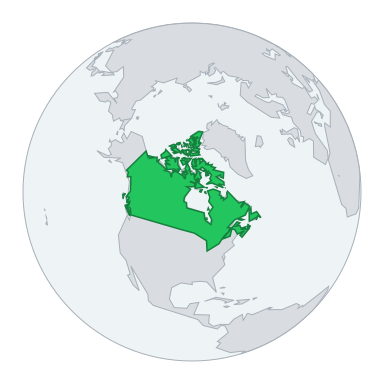 globe centered on Canada
{"feature_id": "CAN", "entity_name": "Canada", "entity_type": "country or territory", "adm_level": 0, "iso_a3": "CAN", "parent_name": "North America", "parent_adm1": "", "projection": "orthographic", "projection_center": [-89.555, 62.395], "detail": "fine", "context": "on_globe", "style": "filled", "palette": "green", "viewbox_px": 384, "rotation_deg": 0, "n_neighbors": 0, "source": "natural_earth", "source_scale": "50m", "svg_char_len": 16030}
<svg xmlns="http://www.w3.org/2000/svg" viewBox="0 0 384 384"><circle cx="192" cy="192" r="169" fill="#eef3f6" stroke="#a8b0b8"/><path d="M240.7,353.8L244.8,351.4L242.1,351.2L230.3,352.6L216.3,347.7L220.7,343.0L217.3,341.5L228.3,332.6L225.0,325.9L221.0,325.5L217.3,329.0L203.3,325.6L197.9,319.6L153.3,305.4L148.4,300.6L147.8,294.1L130.8,265.9L139.2,290.6L133.0,284.8L127.6,275.2L130.2,274.1L126.1,260.4L120.2,253.1L118.4,235.0L127.2,215.3L129.3,220.1L131.2,215.0L128.6,208.8L126.5,205.9L129.4,181.9L122.6,162.7L115.4,160.6L121.0,158.1L103.9,157.3L96.9,150.6L107.9,155.8L111.4,154.5L108.3,148.6L111.2,146.1L111.4,141.9L115.2,139.6L121.3,143.1L123.9,141.7L121.5,137.6L123.8,132.9L126.9,139.0L131.2,131.5L142.3,136.5L147.5,155.8L156.8,157.3L170.5,174.1L172.4,170.7L178.8,175.3L183.3,173.3L184.5,177.2L187.1,172.2L185.1,169.0L185.5,165.8L188.0,164.4L190.0,169.1L189.1,170.5L191.0,171.1L190.9,174.1L192.4,171.8L194.5,177.8L196.1,169.9L200.9,173.0L201.3,177.5L196.4,179.6L185.3,196.2L184.2,201.8L187.6,207.5L204.2,212.6L205.1,218.0L209.7,223.5L211.5,219.2L208.5,213.5L213.0,207.1L208.8,201.1L210.0,197.8L207.6,190.8L213.2,189.3L219.9,191.6L222.2,197.4L225.2,198.6L227.3,191.1L235.6,200.3L248.2,203.7L249.8,206.5L245.2,215.1L234.5,219.9L228.6,232.1L237.7,221.7L241.5,229.3L244.4,229.5L247.3,227.8L247.9,224.0L250.3,226.2L242.2,237.1L239.9,235.2L242.5,231.7L237.5,234.1L232.0,242.0L234.3,245.4L223.6,254.3L225.1,257.0L223.7,260.5L221.9,255.6L224.9,264.8L212.6,277.6L216.4,292.4L206.9,282.0L200.0,281.3L191.9,282.1L192.4,284.6L181.0,282.9L171.6,287.7L169.4,299.0L174.3,307.6L186.8,308.3L190.0,303.7L198.9,302.4L193.8,314.6L209.4,315.0L208.6,323.1L213.3,326.4L220.9,324.3L228.8,324.6L233.9,319.1L242.4,314.4L243.2,320.4L247.4,313.4L252.5,314.7L269.1,307.7L268.0,309.7L282.1,309.6L296.3,303.5L299.6,305.0L298.0,308.3L302.7,305.4L302.8,306.7L320.5,292.9L328.6,286.4L327.7,290.3L319.7,301.7L313.5,309.4L304.7,317.9L295.2,325.8L285.2,332.9L274.7,339.4L263.7,345.0L252.4,349.8L240.7,353.8ZM45.8,223.9L46.9,221.3L47.4,224.9L45.8,223.9ZM46.8,218.4L46.5,219.6L46.6,218.3L46.8,218.4ZM46.3,216.6L46.6,217.9L46.1,216.7L46.3,216.6ZM45.5,214.5L46.0,215.6L45.9,215.5L45.5,214.5ZM216.1,297.3L234.0,300.3L224.5,303.3L226.2,301.7L221.5,299.9L213.1,298.8L204.5,301.3L216.1,297.3ZM44.8,210.5L44.6,209.5L45.2,210.2L44.8,210.5ZM222.7,288.1L219.7,288.1L222.6,287.5L222.7,288.1ZM125.0,205.1L128.3,209.0L129.5,215.6L126.5,212.7L125.0,205.1ZM123.2,192.7L125.5,193.6L123.2,198.8L122.6,196.6L123.2,192.7ZM109.6,159.9L111.6,162.9L108.6,160.9L109.6,159.9ZM110.7,141.8L109.2,141.8L109.9,139.6L110.7,141.8ZM204.7,192.2L206.1,191.6L205.8,193.2L204.7,192.2ZM202.3,189.9L200.9,192.2L199.6,191.5L200.4,190.1L202.3,189.9ZM116.4,134.1L118.1,130.8L117.4,134.7L116.4,134.1ZM204.3,187.2L197.4,189.9L195.1,188.6L196.4,182.0L204.3,187.2ZM119.7,129.2L123.6,121.3L120.5,120.6L131.4,118.5L124.5,125.8L124.2,130.7L122.3,128.4L119.7,129.2ZM183.4,168.6L185.6,171.9L181.4,170.6L183.4,168.6ZM180.6,168.6L167.1,169.3L165.0,163.8L169.9,164.6L165.4,158.8L171.0,155.8L174.8,158.3L175.0,162.4L177.0,158.1L180.6,168.6ZM136.7,118.8L138.6,117.5L137.8,119.5L136.7,118.8ZM185.4,164.4L182.8,165.0L180.8,160.3L185.6,158.3L184.7,160.5L185.4,164.4ZM161.5,158.9L160.8,155.1L165.2,151.6L165.5,149.7L171.0,155.2L161.5,158.9ZM186.4,160.8L188.0,157.5L191.2,158.4L187.7,163.6L186.4,160.8ZM178.3,159.9L177.6,157.6L179.6,158.2L178.3,159.9ZM203.5,160.2L200.5,160.8L199.2,158.4L203.5,160.2ZM188.4,156.2L187.3,155.9L186.4,155.0L188.1,153.1L188.4,156.2ZM173.7,152.4L175.6,151.8L171.7,150.0L174.8,147.4L177.8,151.6L177.8,148.7L178.8,147.9L180.2,152.3L173.7,152.4ZM187.3,148.7L192.3,153.4L198.1,152.7L199.4,154.8L189.8,155.5L187.3,148.7ZM183.0,150.4L186.0,149.8L186.1,152.6L184.2,154.8L183.0,150.4ZM175.8,144.2L170.2,147.0L169.7,146.0L175.8,144.2ZM189.0,147.9L187.7,146.8L189.4,147.5L189.0,147.9ZM179.8,144.6L177.9,145.7L177.4,144.6L179.8,144.6ZM186.9,143.7L188.5,145.2L187.2,146.7L186.9,143.7ZM183.6,143.7L183.4,141.8L185.8,146.3L182.8,144.4L183.6,143.7ZM179.7,143.3L178.7,143.0L180.5,143.0L179.7,143.3ZM190.7,137.3L194.0,142.7L191.2,145.9L188.4,140.3L190.7,137.3ZM255.2,35.3L275.0,44.9L276.0,45.8L280.3,48.3L285.8,52.4L286.6,54.0L290.8,57.2L288.4,53.3L283.6,50.1L276.8,46.1L277.3,46.1L275.8,45.3L285.8,51.5L295.4,58.4L304.5,65.9L313.0,74.1L315.3,80.9L313.3,79.7L313.2,79.7L316.8,82.5L316.3,84.3L318.1,80.3L319.8,81.5L319.0,80.6L327.5,91.0L335.0,102.1L341.7,113.7L347.5,125.8L352.2,138.3L356.0,151.2L358.7,164.3L358.7,164.6L359.7,172.0L359.6,173.4L359.8,177.6L358.7,207.9L356.0,213.9L347.3,217.0L345.9,208.3L341.6,204.4L328.3,159.7L330.0,152.5L324.6,125.8L324.8,122.9L330.3,127.1L330.3,111.2L324.4,104.3L319.5,90.6L313.0,81.2L302.1,75.1L312.6,90.4L309.5,92.1L297.2,78.9L287.3,66.4L285.8,66.7L288.0,74.1L281.5,71.0L288.2,76.8L288.6,74.6L292.8,78.3L292.7,80.5L290.5,79.3L292.3,83.2L302.6,88.6L304.1,86.9L311.4,98.3L314.6,96.7L318.0,100.3L314.0,104.3L311.2,103.3L307.0,113.0L310.6,114.9L314.8,106.1L315.3,109.0L320.2,112.0L317.0,112.0L311.5,121.5L315.3,133.5L327.4,150.7L328.1,158.3L325.4,164.5L313.7,157.3L313.4,141.0L309.3,138.6L303.1,141.9L303.6,136.8L301.0,136.2L300.3,130.4L293.2,122.7L291.5,117.2L282.8,114.8L280.8,111.7L286.5,113.9L289.6,112.6L284.8,99.7L282.2,97.3L276.9,97.0L276.2,93.6L271.7,94.9L266.1,88.3L269.2,97.6L263.1,97.8L256.5,94.4L255.0,96.2L265.8,101.9L269.6,102.7L272.0,100.6L282.8,104.8L285.8,109.2L276.5,111.5L279.7,118.1L271.1,117.3L247.2,101.9L240.2,95.4L241.2,82.3L246.2,83.0L248.4,88.0L251.8,82.4L248.9,83.3L248.4,80.7L242.4,80.5L241.7,78.6L237.1,81.8L235.6,79.5L238.6,77.5L228.4,75.7L223.7,71.5L221.8,72.1L221.0,73.8L215.5,67.5L214.3,68.2L215.7,70.5L214.1,73.4L209.3,76.2L207.6,73.9L209.2,72.6L209.9,66.5L214.3,63.5L213.1,62.9L209.0,64.9L208.0,72.3L205.6,74.7L205.3,71.0L205.2,72.5L203.5,73.0L200.2,71.3L200.2,75.4L183.3,84.5L175.4,82.6L177.0,78.1L163.5,82.9L155.6,80.8L156.9,82.8L151.3,86.8L153.7,87.5L153.8,88.8L140.5,100.1L136.1,101.1L131.7,108.8L132.3,109.9L135.4,109.5L131.4,118.5L120.5,120.6L119.7,117.9L113.5,121.2L112.3,114.7L108.5,111.1L110.9,102.4L107.6,100.5L105.6,102.1L99.7,100.9L94.6,93.3L107.8,92.4L117.1,103.5L114.1,98.3L117.5,97.5L118.0,94.4L115.7,91.0L113.7,91.9L123.7,77.2L123.4,66.6L116.9,71.6L111.7,72.3L105.6,65.9L113.7,50.1L106.8,51.9L105.7,51.3L110.0,47.9L111.8,48.6L117.1,46.3L117.5,47.4L125.0,42.5L125.9,44.0L131.3,39.7L128.1,39.9L121.1,43.5L125.4,39.5L117.0,42.2L114.8,42.2L121.0,38.7L132.6,33.8L144.5,29.9L156.7,26.8L169.0,24.6L181.5,23.4L194.0,23.1L206.6,23.7L219.0,25.2L231.3,27.7L243.4,31.0L255.2,35.3ZM338.1,175.0L339.8,176.6L338.1,175.0ZM280.3,55.0L272.1,48.8L269.8,51.0L266.5,48.9L266.9,50.5L269.7,51.2L269.9,55.4L264.2,52.7L262.2,53.5L264.8,55.7L275.2,60.0L275.0,53.9L279.4,55.7L280.3,55.0ZM269.6,307.4L271.7,307.6L269.1,308.9L269.6,307.4ZM223.5,306.5L227.1,305.9L229.1,306.6L226.4,307.5L223.5,306.5ZM253.2,298.3L257.2,297.5L253.2,299.6L253.2,298.3ZM236.8,300.4L250.0,299.3L242.2,303.9L233.8,304.6L239.4,302.4L236.8,300.4ZM221.7,293.0L224.0,293.2L223.6,294.7L221.7,293.0ZM224.8,287.6L224.0,288.0L222.7,287.0L224.8,287.6ZM242.0,228.6L242.7,227.8L245.8,226.7L244.7,228.7L242.0,228.6ZM257.4,213.8L261.0,217.7L257.7,216.2L256.8,219.5L248.9,220.7L250.2,208.0L251.0,213.4L257.4,213.8ZM238.6,219.1L243.5,219.6L238.1,219.6L238.6,219.1ZM287.6,139.7L289.4,137.5L292.7,139.5L294.7,147.2L290.0,144.3L287.6,139.7ZM291.2,133.9L281.5,134.4L279.8,129.8L282.4,132.3L282.2,129.2L286.4,132.3L294.3,127.7L297.6,129.3L299.6,142.3L297.1,137.1L295.5,139.5L291.2,133.9ZM259.6,145.9L255.3,146.6L257.2,135.7L260.9,136.3L263.2,143.8L260.2,147.6L259.6,145.9ZM208.1,175.3L206.3,176.8L205.7,175.4L206.8,173.1L208.1,175.3ZM202.2,160.7L215.1,167.9L213.7,169.9L222.9,172.1L222.9,178.1L217.0,176.4L223.8,182.8L218.5,183.7L223.6,187.6L210.4,183.2L205.8,184.4L210.9,180.7L211.0,175.1L209.7,173.1L202.5,168.3L192.9,168.4L191.4,163.1L193.0,159.3L195.1,158.5L195.3,162.2L198.0,158.4L200.0,163.1L202.2,160.7ZM211.9,121.2L211.4,125.3L217.0,119.6L219.0,123.8L219.5,122.9L222.9,125.3L228.0,126.7L228.2,128.9L230.1,128.5L232.4,130.1L235.0,130.4L236.3,134.5L239.7,135.2L238.4,136.8L243.8,136.9L240.4,138.7L243.0,141.2L244.9,138.1L245.6,161.0L248.5,169.5L252.8,175.8L246.3,178.4L238.1,174.3L230.1,167.0L228.2,158.6L225.7,161.4L224.0,158.3L226.7,157.3L221.5,156.9L220.9,154.1L213.7,148.3L206.6,149.7L203.8,147.7L206.3,145.8L201.8,145.2L204.6,140.3L202.6,138.8L203.4,132.6L209.3,129.9L206.7,128.5L207.2,123.8L211.9,121.2ZM191.2,135.6L197.7,131.2L202.1,131.4L198.9,142.1L200.2,144.2L198.3,151.3L192.0,150.9L193.2,148.9L192.8,146.8L194.9,147.8L192.9,145.5L194.4,142.7L193.3,140.2L195.8,139.4L191.2,135.6ZM321.9,118.9L321.5,116.6L320.2,113.0L323.2,114.9L321.9,118.9ZM318.5,125.5L317.6,123.3L321.3,123.9L321.7,126.4L318.5,125.5ZM314.0,121.6L317.3,123.1L315.8,123.7L314.0,121.6ZM285.4,112.0L284.2,109.8L285.3,109.5L287.4,110.6L285.4,112.0ZM228.9,106.0L227.9,108.1L226.8,107.7L221.9,110.3L220.0,107.5L222.2,104.8L228.9,106.0ZM305.6,78.1L309.3,81.3L309.5,82.4L308.2,81.1L305.6,78.1ZM318.1,98.3L316.7,93.9L318.9,98.9L318.1,98.3ZM226.0,103.4L224.2,104.7L224.4,102.5L226.0,103.4ZM218.3,105.6L218.0,103.2L219.2,107.5L218.3,105.6ZM114.4,41.9L113.2,42.6L112.8,42.7L114.4,41.9ZM207.2,83.0L216.2,82.3L221.4,80.3L222.3,76.6L224.8,81.6L216.8,84.7L207.2,83.0ZM186.5,84.5L185.7,87.9L183.5,86.9L183.4,86.0L186.5,84.5ZM187.8,86.3L191.6,89.7L189.5,91.9L186.9,88.8L187.8,86.3ZM209.2,95.9L211.9,95.9L211.7,97.6L209.2,95.9ZM95.8,56.9L97.5,56.7L94.5,59.2L94.2,58.6L95.8,56.9ZM86.5,67.9L94.3,59.8L100.8,53.9L98.2,55.4L98.5,53.7L103.2,51.7L99.6,56.2L94.4,60.7L94.9,62.2L91.8,66.4L94.5,67.1L93.6,69.4L89.6,70.2L86.5,67.9ZM95.9,67.3L99.4,70.9L93.2,75.7L91.1,76.0L92.1,72.2L95.2,69.9L95.9,67.3ZM98.4,73.2L101.5,71.1L113.3,73.2L114.2,74.9L102.0,75.5L104.3,73.5L102.5,72.3L98.4,73.2ZM137.3,116.5L138.4,117.4L136.5,117.7L137.3,116.5ZM155.3,89.1L155.2,90.9L152.9,91.1L155.3,89.1ZM153.7,96.2L156.3,94.7L154.2,97.2L153.7,96.2ZM162.0,91.3L157.6,94.6L160.8,90.1L162.0,91.3Z" fill="#d9dde1" stroke="#a8b0b8" stroke-width="1"/><path d="M130.5,191.1L130.9,176.7L127.3,176.8L128.4,172.1L126.5,170.2L146.1,151.0L148.0,157.1L148.4,155.7L155.1,157.4L151.1,157.5L149.7,157.9L149.7,158.3L157.1,157.2L156.9,161.3L159.1,160.0L158.0,162.1L166.3,169.4L164.5,170.5L169.8,172.0L171.4,177.4L171.9,173.1L174.8,171.6L172.1,170.8L174.6,170.6L183.2,176.1L182.2,173.7L183.5,173.5L185.0,174.4L185.3,178.1L184.1,177.9L184.7,179.2L184.5,178.2L185.3,178.3L185.5,177.4L185.5,175.1L187.8,173.6L185.0,168.6L187.4,163.7L190.0,169.1L188.6,170.5L191.1,171.2L190.2,171.7L191.2,174.7L193.6,173.1L194.5,177.9L197.0,173.0L196.1,170.0L200.8,172.8L199.6,173.8L201.3,177.7L199.3,179.9L197.8,178.3L197.4,178.2L197.1,178.5L198.8,180.5L195.3,179.8L196.3,180.9L194.6,183.3L191.8,181.6L189.7,181.5L195.1,183.7L193.9,186.7L186.7,186.7L190.5,189.3L184.4,197.3L183.8,201.5L186.5,202.7L186.8,208.0L204.1,212.9L204.8,218.8L205.9,221.0L210.9,224.6L211.9,220.0L208.7,213.4L213.0,207.2L208.8,201.6L209.9,197.3L207.6,191.0L213.3,189.1L220.1,191.7L219.3,195.0L221.8,196.4L221.1,198.3L223.7,197.5L223.5,200.2L227.3,197.2L226.8,193.1L227.5,191.3L238.8,202.9L244.1,201.6L240.8,206.4L241.3,207.4L244.6,202.8L249.7,206.3L245.2,215.1L234.4,220.0L227.6,227.6L230.2,227.8L228.3,232.3L226.6,233.4L223.1,237.3L219.0,243.7L207.1,251.0L206.5,240.7L194.3,233.1L181.3,229.6L130.8,214.9L130.4,208.4L126.5,204.9L128.8,204.5L127.9,202.2L129.3,203.6L129.9,201.4L127.9,202.1L126.9,202.9L129.3,197.4L126.7,196.0L130.5,191.1ZM194.8,166.6L196.5,166.5L196.5,164.7L195.3,163.8L196.6,161.3L195.5,160.5L198.6,158.5L200.1,161.0L199.9,163.6L203.0,160.6L205.7,162.1L205.7,164.5L208.5,162.9L208.1,165.1L212.2,164.5L211.2,166.6L215.3,167.6L213.1,169.7L223.7,172.4L223.3,178.1L220.4,176.7L220.8,174.8L216.2,176.8L223.8,181.9L224.1,185.1L218.4,183.9L223.4,187.8L212.3,183.0L206.3,184.2L211.3,180.5L209.8,178.8L211.5,175.1L208.6,171.4L205.8,172.1L206.4,170.4L202.2,167.0L199.9,168.9L200.8,169.8L193.6,168.9L192.1,166.5L194.3,166.6L191.6,164.0L192.7,159.7L195.7,158.5L194.5,161.5L195.1,164.0L196.3,165.5L194.8,166.6ZM199.0,131.4L202.7,132.0L198.7,141.6L200.3,142.6L198.1,143.0L200.6,143.5L196.8,148.3L199.7,149.1L198.1,151.3L192.0,150.8L193.8,148.8L193.0,147.2L195.3,148.2L195.8,148.0L196.3,146.3L193.2,146.0L193.6,144.3L195.6,144.2L196.4,143.5L193.5,140.1L196.8,141.7L195.2,139.8L197.9,137.9L197.0,137.8L197.5,136.4L194.1,139.4L193.4,139.1L194.8,137.5L192.9,139.0L192.1,138.3L193.4,138.0L194.1,137.2L191.1,136.3L199.0,131.4ZM170.7,157.9L174.7,158.2L175.3,162.5L176.3,158.2L177.8,158.5L177.8,164.9L180.5,169.2L177.9,169.1L179.3,170.8L177.9,171.6L174.5,169.0L167.3,169.5L165.3,163.7L170.6,165.0L165.7,162.0L165.4,160.8L168.7,160.6L166.0,158.4L169.6,156.0L171.7,156.1L170.7,157.9ZM237.4,234.1L234.6,229.4L231.7,229.2L230.1,236.2L222.6,239.0L236.9,221.9L239.8,222.9L235.9,226.1L239.8,225.5L241.4,229.3L248.8,228.9L242.0,237.2L240.0,235.1L244.4,230.7L237.4,234.1ZM165.8,149.6L171.1,155.2L162.0,158.5L161.1,154.9L165.4,151.4L165.8,149.6ZM190.9,137.7L192.9,139.8L194.5,142.8L190.9,146.0L189.4,143.7L191.1,142.7L188.4,140.3L190.9,137.7ZM188.8,149.5L192.5,153.8L197.3,152.4L199.8,154.8L190.5,156.1L189.5,151.2L187.1,149.8L188.8,149.5ZM175.1,147.4L180.5,151.7L174.3,153.6L173.2,152.4L176.2,151.8L171.8,149.9L175.1,147.4ZM250.9,207.8L251.2,214.0L256.6,211.6L260.9,217.6L257.6,215.9L256.2,220.0L256.9,217.0L249.4,221.3L249.1,210.6L250.9,207.8ZM182.0,158.6L184.1,158.2L185.8,158.3L184.4,160.5L185.9,161.4L185.5,163.9L183.0,165.0L180.6,160.4L182.9,160.4L182.0,158.6ZM196.5,181.7L198.2,182.7L204.0,187.0L195.1,188.4L196.5,181.7ZM187.0,158.7L191.3,158.4L186.9,163.5L187.0,158.7ZM175.8,145.0L173.4,147.4L169.7,146.0L173.7,144.3L175.8,145.0ZM186.4,150.6L185.6,154.6L182.4,152.4L183.8,152.1L183.6,150.2L186.4,150.6ZM183.2,142.3L186.0,144.0L186.2,146.1L183.2,142.3ZM124.9,205.3L128.7,209.2L129.8,216.0L124.9,205.3ZM199.2,158.5L202.3,158.5L203.6,160.0L199.2,158.5ZM181.5,171.7L185.0,171.2L185.9,172.8L181.5,171.7ZM189.0,155.0L188.1,156.0L186.6,154.7L188.1,153.2L189.0,155.0ZM187.5,144.1L188.7,146.2L187.0,144.1L187.5,144.1ZM205.9,173.4L208.1,175.3L205.8,175.6L205.9,173.4ZM178.4,144.1L180.0,144.5L177.6,144.4L178.4,144.1ZM179.6,157.8L178.1,158.2L177.7,157.5L179.6,157.8ZM248.0,224.0L248.8,227.5L249.0,225.6L250.2,226.1L249.1,227.8L247.6,228.2L248.0,224.0ZM180.0,142.5L180.5,143.7L178.2,143.0L180.0,142.5ZM243.5,219.6L241.3,220.2L238.1,219.5L241.1,218.8L243.5,219.6ZM202.1,189.8L201.0,192.1L199.7,191.6L200.3,190.1L202.1,189.8ZM122.9,194.4L125.6,193.6L123.8,195.3L122.9,194.4ZM187.8,147.4L189.5,147.1L189.7,147.5L187.8,147.4ZM182.9,150.4L182.1,151.9L181.6,150.7L182.9,150.4ZM241.3,228.0L242.7,227.8L245.8,226.8L244.9,228.6L241.3,228.0ZM205.0,191.2L205.8,193.2L204.9,192.8L205.0,191.2ZM173.0,147.8L171.4,148.9L171.1,148.4L173.0,147.8ZM191.6,147.7L191.1,148.4L191.0,147.8L191.6,147.7ZM182.2,146.4L181.9,147.6L181.8,146.0L182.2,146.4ZM122.9,195.1L123.2,196.3L123.1,198.8L122.9,195.1ZM206.8,218.0L207.0,219.2L205.3,218.7L206.8,218.0ZM186.9,140.1L187.1,141.3L186.6,140.5L186.9,140.1ZM181.5,153.4L180.7,153.6L180.5,153.3L181.5,153.4ZM181.8,149.4L182.4,149.5L182.8,150.1L181.8,149.4ZM127.1,198.9L127.4,200.7L126.8,201.1L127.1,198.9ZM209.6,173.4L208.6,174.1L208.2,173.6L209.6,173.4ZM208.3,208.0L209.1,209.8L207.7,209.9L208.3,208.0ZM177.4,143.5L176.8,144.2L176.9,143.6L177.4,143.5ZM185.5,157.4L184.3,158.0L184.0,157.7L185.5,157.4ZM206.8,187.5L207.8,188.0L206.4,187.7L206.8,187.5ZM203.3,171.9L203.3,170.6L203.7,170.6L203.3,171.9ZM195.4,174.9L194.9,175.1L195.1,174.5L195.4,174.9ZM184.9,146.7L184.0,146.5L184.1,146.1L184.9,146.7ZM201.3,169.6L201.8,170.3L200.9,169.9L201.3,169.6ZM191.7,149.9L191.6,150.8L191.3,150.1L191.7,149.9ZM198.1,180.9L199.7,181.9L198.6,181.8L198.1,180.9ZM176.2,146.7L176.1,147.2L175.5,146.7L176.2,146.7ZM225.6,187.6L224.9,188.2L225.6,187.6ZM205.3,170.2L204.7,170.8L204.6,170.2L205.3,170.2ZM197.8,181.6L197.4,181.9L197.3,181.2L197.8,181.6ZM187.0,153.0L186.6,153.8L186.5,153.5L187.0,153.0ZM217.3,187.2L217.0,187.7L216.2,187.1L217.3,187.2ZM207.5,171.8L207.3,172.4L207.1,172.1L207.5,171.8ZM199.5,151.3L199.3,152.2L199.1,152.1L199.5,151.3ZM126.8,197.1L126.4,197.7L126.2,196.2L126.8,197.1Z" fill="#22c55e" stroke="#15803d" stroke-width="1.5"/></svg>